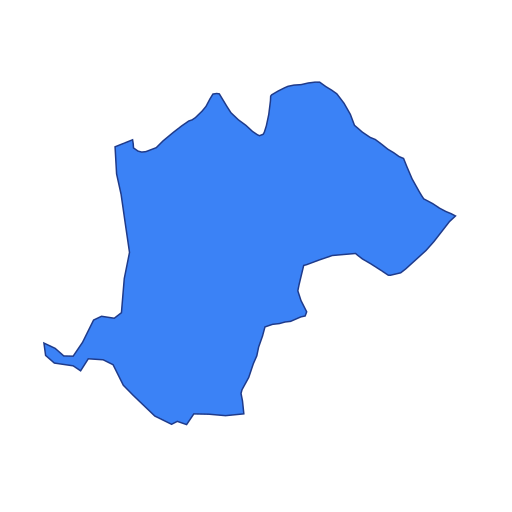 Al-Kufa, An-Najaf, Iraq, rotated 15°
{"feature_id": "34846034B35255353982404", "entity_name": "Al-Kufa", "entity_type": "district", "adm_level": 2, "iso_a3": "IRQ", "parent_name": "Iraq", "parent_adm1": "An-Najaf", "projection": "albers", "projection_center": [44.484, 32.07], "detail": "fine", "context": "isolated", "style": "filled", "palette": "blue", "viewbox_px": 512, "rotation_deg": 15, "n_neighbors": 0, "source": "geoboundaries", "source_scale": "gbopen_adm2", "svg_char_len": 1838}
<svg xmlns="http://www.w3.org/2000/svg" viewBox="0 0 512 512"><g transform="rotate(15 256 256)"><path d="M291.5,78.2L286.1,76.2L279.6,74.3L272.5,71.6L268.0,72.8L261.6,75.4L255.2,78.8L248.4,81.1L243.0,83.8L240.1,86.1L234.6,91.0L229.4,96.3L228.8,97.8L229.8,102.4L230.4,106.6L231.7,116.1L232.3,127.5L232.0,134.3L231.4,136.6L228.2,138.9L225.9,138.5L220.4,136.6L212.4,132.4L203.7,129.0L194.7,124.1L189.2,119.1L178.6,108.9L176.0,109.2L172.5,110.7L170.9,116.1L169.0,124.4L166.4,130.1L161.6,138.1L159.0,141.1L156.1,143.0L150.6,149.5L144.2,157.9L136.4,168.9L131.6,177.2L122.6,183.7L118.7,185.2L114.8,185.2L109.7,183.3L108.4,179.5L106.7,175.7L97.2,182.8L91.6,187.0L100.1,212.8L109.8,231.5L121.6,259.1L132.9,285.3L134.6,311.9L140.7,345.6L135.2,352.8L122.4,354.2L115.7,359.9L110.8,384.3L105.3,400.1L96.2,402.3L85.9,397.2L73.7,395.0L78.5,406.5L88.9,411.6L107.8,409.4L116.3,412.3L120.6,398.7L135.2,395.8L146.1,398.0L161.3,415.2L173.5,422.4L199.7,436.8L218.0,440.4L222.8,436.1L232.6,436.8L236.8,424.6L251.4,421.0L254.3,420.5L267.9,418.1L284.9,411.7L285.1,411.6L280.5,399.6L277.1,392.6L277.1,388.7L280.4,375.2L281.3,360.7L282.6,352.2L282.1,343.2L283.0,331.7L283.0,322.2L289.7,317.7L296.1,315.2L301.2,312.2L306.3,310.2L315.1,303.2L319.0,301.2L319.4,296.8L310.9,287.3L305.4,278.8L305.0,272.3L304.5,252.8L307.1,251.3L317.6,243.8L329.5,235.8L341.8,231.3L351.5,227.8L353.6,228.8L359.5,231.3L368.8,233.8L379.8,237.3L388.7,240.3L390.8,239.8L400.1,234.8L403.9,229.8L418.7,206.8L424.2,195.8L428.0,186.8L433.9,172.8L438.3,165.7L433.5,164.6L428.0,163.9L420.9,162.3L413.2,159.7L403.2,157.4L400.3,154.8L396.8,151.4L386.8,141.1L378.7,130.8L373.3,123.6L368.4,122.9L362.3,120.6L355.6,118.7L348.8,115.7L341.1,112.6L335.6,111.9L326.6,108.8L322.1,106.6L317.3,104.3L310.5,94.8L301.5,85.7L292.2,78.5L291.5,78.2Z" fill="#3b82f6" stroke="#1e3a8a" stroke-width="1.5"/></g></svg>